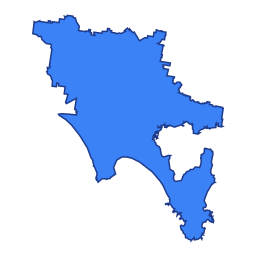 South Gippsland, Victoria, Australia
{"feature_id": "25037944B76361191538419", "entity_name": "South Gippsland", "entity_type": "district", "adm_level": 2, "iso_a3": "AUS", "parent_name": "Australia", "parent_adm1": "Victoria", "projection": "natural_earth1", "projection_center": [146.257, -38.699], "detail": "fine", "context": "isolated", "style": "filled", "palette": "blue", "viewbox_px": 256, "rotation_deg": 0, "n_neighbors": 0, "source": "geoboundaries", "source_scale": "gbopen_adm2", "svg_char_len": 5859}
<svg xmlns="http://www.w3.org/2000/svg" viewBox="0 0 256 256"><path d="M58.5,114.2L59.0,115.1L65.9,119.7L71.7,125.2L79.9,135.7L87.4,147.9L91.0,157.7L92.5,159.9L93.7,165.1L93.5,166.1L94.4,166.6L96.8,172.6L97.1,174.6L95.9,177.9L96.8,178.1L96.2,179.4L97.1,180.0L96.8,180.4L97.6,180.9L98.1,182.2L102.0,178.8L105.5,178.8L106.7,179.4L107.2,178.8L110.1,178.5L110.7,177.4L115.6,174.1L113.6,167.5L116.7,160.2L121.0,157.5L123.2,156.9L127.3,157.1L131.9,158.2L139.7,162.1L152.3,171.9L159.8,180.7L163.1,185.6L166.8,193.8L169.8,198.5L169.4,199.5L170.1,200.7L169.4,203.2L166.5,203.5L165.5,203.9L165.6,204.5L167.3,203.9L168.4,205.1L168.9,204.3L170.8,204.5L172.3,207.2L174.4,208.8L174.0,209.0L174.6,209.5L174.4,210.4L173.3,210.8L172.8,211.9L173.8,212.5L174.4,211.3L175.4,211.8L176.7,211.5L177.6,212.7L177.1,215.6L179.5,212.9L180.9,212.5L181.2,212.7L181.5,212.6L182.0,212.6L180.6,212.9L180.1,212.8L179.0,213.7L181.5,216.1L179.6,218.9L180.4,219.3L182.1,218.3L183.1,219.2L183.7,220.9L186.9,220.6L184.9,221.2L185.1,223.9L184.5,225.3L183.3,225.8L181.1,225.2L180.4,226.2L181.2,229.6L182.7,230.9L183.2,232.9L185.2,234.7L185.6,237.7L186.7,237.6L189.1,239.5L191.4,239.9L191.3,240.6L194.2,237.6L194.5,239.9L198.0,239.2L200.0,237.8L201.0,237.8L201.8,239.2L202.1,238.2L201.2,237.0L201.6,235.0L203.2,235.0L202.2,234.1L202.2,233.3L203.8,233.2L204.4,229.6L205.2,228.6L204.6,227.9L204.1,228.6L201.9,227.0L202.0,224.9L203.0,222.4L205.8,221.9L206.4,220.2L208.1,219.4L209.9,221.4L211.9,222.2L212.3,221.7L213.3,222.5L213.7,220.4L213.0,219.0L212.0,219.6L212.7,216.7L211.7,217.4L211.2,216.0L210.7,215.6L209.9,216.4L209.1,215.0L209.6,214.4L211.2,214.7L209.9,212.9L211.1,212.3L211.8,212.9L212.4,212.6L212.2,212.1L211.8,212.5L209.3,210.5L206.0,210.0L205.5,211.2L204.3,210.9L203.5,209.8L203.2,208.3L203.3,207.7L205.3,207.4L206.1,206.4L206.2,205.0L204.1,200.6L207.2,192.1L212.0,183.9L212.6,184.1L213.2,183.1L215.1,182.4L214.4,182.0L214.7,178.3L213.3,177.5L214.1,175.4L211.9,175.0L210.7,172.9L210.9,169.6L212.4,165.0L211.3,162.2L213.0,153.8L212.6,151.3L211.9,151.4L210.5,149.1L209.1,149.5L205.8,148.3L205.2,148.9L204.5,148.6L204.1,153.0L201.0,155.0L201.5,156.3L200.9,156.9L200.7,158.7L201.2,159.0L201.1,162.7L199.8,167.4L195.3,167.0L193.0,169.4L190.3,169.5L189.0,171.0L186.9,171.6L185.8,172.6L185.7,173.5L183.6,174.7L183.5,176.0L182.7,176.5L182.4,178.4L181.0,180.6L175.9,181.4L174.3,180.7L173.5,178.3L173.7,175.8L174.7,174.2L173.3,171.1L170.0,169.5L168.7,160.1L169.7,158.5L169.8,156.1L170.5,155.6L168.7,155.4L163.9,156.9L162.3,156.4L161.2,154.2L160.2,148.4L159.6,148.0L159.3,146.8L156.3,145.1L155.7,142.9L154.9,142.2L153.9,139.4L152.5,139.5L153.2,136.3L154.0,135.7L154.9,136.3L154.6,137.5L155.6,137.0L156.6,138.1L156.5,138.8L157.7,138.1L156.5,137.4L157.1,137.3L157.7,135.6L155.6,136.8L155.5,135.4L155.1,135.8L153.9,135.1L154.7,134.6L155.4,132.4L156.4,133.5L157.1,133.5L157.6,132.6L158.2,133.4L158.4,132.6L158.0,132.8L157.3,131.7L156.8,132.3L156.1,131.7L159.2,130.9L160.9,129.8L161.5,128.6L161.2,127.5L158.0,127.6L158.0,126.5L158.6,127.2L161.9,127.1L161.2,125.5L163.4,125.4L164.6,123.9L164.7,127.2L166.6,127.6L167.0,127.1L166.2,127.2L166.6,125.7L167.5,126.3L168.0,125.0L168.1,126.0L169.2,126.0L169.4,125.2L174.5,127.1L180.2,125.2L182.1,125.0L182.7,125.9L184.2,125.9L182.4,125.0L182.7,123.4L184.0,123.2L184.0,121.6L185.4,122.3L186.7,121.4L188.0,122.2L188.7,123.4L190.5,124.2L192.0,123.5L192.8,124.6L192.0,125.2L192.6,126.1L192.5,128.8L193.4,130.2L193.4,133.3L198.1,134.1L199.6,132.9L198.1,133.1L198.9,131.4L200.5,129.8L204.8,128.2L204.4,126.9L206.4,127.5L207.1,126.7L206.8,128.3L209.3,128.2L209.7,128.8L211.3,127.9L215.9,127.5L215.7,124.3L216.2,123.1L216.7,125.0L218.3,123.7L218.0,126.2L221.2,126.9L222.7,126.3L221.4,125.8L222.7,119.1L221.6,118.9L223.2,108.5L222.5,108.4L222.6,107.5L216.0,106.0L215.9,106.7L212.8,106.2L212.5,105.0L209.4,104.5L209.8,102.2L207.0,101.7L206.8,103.1L205.1,102.8L204.9,103.6L202.5,103.2L202.4,103.9L198.6,103.2L198.8,102.2L197.8,101.8L195.5,102.2L194.0,101.3L193.6,100.3L192.3,99.9L191.7,100.7L190.3,100.5L190.0,99.8L190.6,98.0L189.4,97.3L190.1,96.5L186.7,95.5L185.9,96.1L185.4,94.9L183.7,95.0L183.2,94.6L183.4,94.2L182.2,93.8L182.3,93.3L180.7,93.5L178.7,92.7L179.6,92.3L179.6,91.5L178.4,90.0L179.1,89.3L178.7,88.1L179.8,87.9L180.6,86.8L180.5,85.9L181.6,85.5L181.8,84.9L179.9,82.2L177.0,82.2L175.6,83.7L174.7,83.4L174.2,84.0L173.7,83.0L172.9,82.9L172.7,81.2L173.3,80.4L173.1,78.5L174.3,78.0L174.4,76.9L166.8,75.8L168.4,69.4L163.4,68.6L163.7,66.8L162.8,66.6L163.2,64.7L169.8,65.8L170.4,63.0L160.3,61.4L161.0,57.5L161.8,57.6L162.3,54.7L161.4,54.6L162.9,47.1L162.6,46.1L163.9,45.7L163.1,44.8L159.6,44.5L157.7,43.5L160.3,42.3L162.0,39.3L164.5,39.8L165.3,35.1L165.7,35.2L165.9,32.2L161.4,31.5L161.7,30.9L159.0,30.9L156.3,29.8L155.9,32.6L154.0,32.3L153.3,36.6L147.7,35.8L147.3,38.0L144.8,37.7L139.5,40.8L134.2,32.0L132.9,32.7L129.6,29.0L129.3,30.2L127.4,28.1L124.4,30.7L125.4,31.4L121.3,33.5L119.2,33.0L116.6,33.8L115.7,33.0L111.4,32.5L111.7,30.7L109.4,30.4L109.6,28.7L107.5,28.5L107.1,31.4L102.2,31.4L101.9,33.3L94.0,32.2L93.8,33.5L94.9,35.4L91.2,34.8L91.5,32.9L90.3,32.8L90.4,29.7L88.9,29.5L88.7,31.4L85.9,31.0L85.8,31.7L78.6,30.6L79.3,26.3L76.4,21.7L75.4,18.0L73.2,17.5L73.0,16.2L67.3,15.4L67.1,16.7L64.5,16.3L65.1,17.2L64.4,19.2L64.9,19.5L59.6,18.8L59.0,22.6L52.2,21.7L52.0,23.1L50.1,22.8L50.4,21.0L48.4,20.8L48.2,22.7L39.5,21.4L39.6,20.8L35.5,22.5L34.2,21.6L32.8,33.7L36.6,34.7L38.7,36.6L40.8,36.3L42.0,39.5L45.2,42.6L46.6,43.6L50.6,44.2L51.2,44.9L51.4,46.2L50.8,47.5L51.9,49.4L49.4,65.8L50.0,65.9L49.9,67.7L47.4,67.4L47.3,68.4L47.8,68.4L47.3,72.0L46.9,71.9L47.7,74.0L49.9,75.3L51.5,77.4L51.2,78.3L52.5,80.9L52.1,86.2L56.2,86.7L56.7,83.1L58.6,83.4L58.3,85.9L65.1,86.7L64.2,93.9L68.0,94.3L65.6,102.5L66.5,103.6L76.4,98.3L74.7,109.4L76.1,109.6L76.1,111.8L76.8,111.9L76.1,112.5L76.7,113.3L76.5,114.8L61.9,113.7L58.5,114.2Z" fill="#3b82f6" stroke="#1e3a8a" stroke-width="1.5"/></svg>